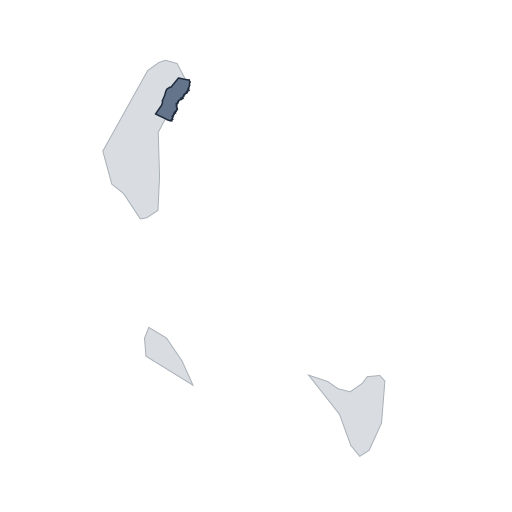 Hamahamet-Mboinkou, Andjazîdja, Comoros shown in context, rotated 24°
{"feature_id": "10938185B70444296254874", "entity_name": "Hamahamet-Mboinkou", "entity_type": "district", "adm_level": 2, "iso_a3": "COM", "parent_name": "Comoros", "parent_adm1": "Andjazîdja", "projection": "orthographic", "projection_center": [43.406, -11.482], "detail": "fine", "context": "in_parent", "style": "filled", "palette": "slate", "viewbox_px": 512, "rotation_deg": 24, "n_neighbors": 0, "source": "geoboundaries", "source_scale": "gbopen_adm2", "svg_char_len": 4237}
<svg xmlns="http://www.w3.org/2000/svg" viewBox="0 0 512 512"><g transform="rotate(24 256 256)"><path d="M140.7,265.4L135.3,269.2L109.6,252.8L95.0,249.0L73.4,222.5L81.6,130.6L88.5,118.8L93.7,114.0L105.7,112.3L120.2,123.8L116.4,182.9L135.6,222.7L147.9,254.2L140.7,265.4ZM424.6,317.8L438.6,357.5L438.4,387.4L432.3,396.8L419.8,390.6L396.7,366.7L352.5,343.4L372.8,341.5L384.7,343.9L397.2,341.8L405.1,328.8L406.7,321.0L417.7,314.8L424.6,317.8ZM231.3,382.1L251.0,399.7L196.2,392.3L187.6,376.5L187.1,364.8L207.6,367.4L231.3,382.1Z" fill="#d9dde1" stroke="#a8b0b8" stroke-width="1"/><path d="M123.5,167.3L123.4,167.3L123.4,167.1L123.6,167.0L123.5,166.9L123.4,166.6L123.5,166.6L123.4,166.5L123.4,166.4L123.5,166.4L123.8,166.1L123.6,166.0L123.6,165.9L123.8,165.8L123.7,165.7L123.9,165.5L123.7,165.5L123.7,165.4L123.9,165.3L123.9,164.9L123.6,164.8L123.7,164.6L123.6,164.3L123.5,164.2L123.6,163.9L123.6,163.7L123.6,163.4L123.5,163.2L123.4,163.1L123.5,162.9L123.6,162.7L123.4,162.6L123.2,162.5L123.2,162.4L122.8,162.3L122.9,162.1L123.1,162.0L123.1,161.9L123.0,161.7L123.1,161.4L123.2,161.2L123.3,161.2L123.2,161.0L123.3,160.8L123.2,160.8L123.2,160.7L123.3,160.6L123.2,160.4L123.3,160.3L123.5,160.3L123.5,160.2L123.3,160.3L123.3,160.2L123.5,160.1L123.5,159.8L123.4,159.7L123.5,159.2L123.4,159.1L123.5,159.0L123.5,158.9L123.2,158.7L123.1,158.8L123.1,158.6L123.1,158.4L123.3,158.5L123.4,158.4L123.5,158.2L123.8,158.2L123.7,157.9L123.8,157.9L123.7,157.8L123.7,157.7L123.5,157.3L123.5,157.1L124.0,157.0L124.1,156.8L124.0,156.7L123.9,156.6L123.7,156.5L123.8,156.3L124.0,156.2L123.9,156.1L124.0,156.0L123.9,155.8L123.9,155.7L124.0,155.3L124.3,155.2L124.4,154.9L124.4,154.6L124.4,154.4L124.3,154.2L124.2,154.1L124.4,154.0L124.3,153.9L124.2,153.8L124.1,153.4L123.9,153.1L123.7,153.1L123.7,152.9L123.5,152.6L123.3,152.3L123.2,152.3L123.1,152.1L122.9,151.9L122.4,151.9L122.2,151.7L122.2,151.3L122.3,151.2L122.5,151.1L122.5,150.9L122.4,150.7L122.1,150.6L122.2,150.2L122.1,149.9L121.9,149.8L121.9,149.6L122.0,149.6L122.0,149.4L121.9,149.4L122.0,149.3L122.0,149.2L121.9,148.9L122.0,148.8L122.0,148.7L121.9,148.7L122.2,148.4L122.1,148.2L122.4,148.1L122.4,147.9L122.4,147.7L122.5,147.4L122.4,147.2L122.2,147.0L122.2,146.9L122.1,147.0L121.9,146.9L122.0,146.5L121.9,146.4L122.0,146.2L122.1,145.8L122.1,145.6L122.3,145.6L122.5,145.5L122.6,145.4L122.5,144.8L122.7,144.5L122.8,144.3L123.1,144.0L123.1,143.8L123.4,143.8L123.4,143.7L123.5,143.7L123.9,143.5L123.8,143.4L124.0,143.3L123.9,143.3L123.8,143.2L124.1,143.1L124.0,142.9L124.3,142.9L124.3,142.7L124.2,142.8L124.2,142.7L124.3,142.6L124.2,142.6L124.1,142.4L123.9,142.3L124.1,142.2L124.3,141.9L124.5,141.6L124.4,141.6L124.7,141.4L124.6,141.2L124.8,141.2L124.7,141.1L124.4,141.0L124.4,140.9L124.6,140.9L124.6,140.7L124.5,140.4L124.6,140.1L124.6,139.8L124.6,139.7L124.8,139.6L124.7,139.5L124.7,139.4L124.8,139.3L124.8,139.2L124.6,139.1L124.8,139.1L124.7,138.9L124.9,138.8L124.8,138.6L124.8,138.3L124.8,138.2L125.0,138.0L125.0,137.8L125.1,137.6L125.3,137.5L125.3,137.4L125.2,137.4L125.3,137.3L125.3,137.2L125.2,137.2L125.3,137.1L125.1,136.8L125.1,136.4L125.3,136.0L125.4,135.9L125.6,135.8L125.8,135.9L126.0,135.8L126.0,135.6L126.3,135.5L126.3,135.4L126.2,135.2L126.1,134.9L126.0,134.7L126.4,134.7L126.6,134.6L126.4,134.4L126.3,134.2L126.2,134.3L126.2,134.2L126.3,134.0L126.5,133.8L126.4,133.6L126.5,133.4L126.4,133.4L126.3,133.2L126.5,133.1L126.5,132.8L126.6,132.7L126.8,132.4L126.7,132.3L126.8,132.2L126.7,132.2L126.8,132.1L126.8,131.9L126.9,131.7L127.0,131.7L126.9,131.6L126.7,131.5L126.7,131.4L126.6,131.5L126.3,131.6L126.0,131.3L125.9,131.1L125.9,130.8L126.0,130.7L125.8,130.4L125.9,130.1L126.0,129.8L126.1,129.0L126.1,128.9L126.2,128.7L126.0,128.2L126.0,127.7L125.8,127.3L125.8,127.1L125.6,126.8L125.8,126.7L125.7,126.6L125.6,126.4L125.4,126.3L125.3,126.0L125.1,125.4L124.9,124.8L124.9,124.6L125.0,124.4L125.1,124.1L125.1,123.9L124.9,123.7L124.7,123.6L124.4,123.6L124.5,123.6L124.4,123.5L124.3,123.4L124.2,123.4L123.9,122.9L123.5,122.5L123.4,122.5L123.3,122.3L122.2,122.8L117.7,123.9L112.8,124.9L109.6,136.6L108.6,136.9L106.7,139.8L106.6,142.3L107.3,146.8L107.3,152.6L108.2,153.7L108.4,156.8L106.5,167.1L111.7,167.3L117.8,167.4L119.0,167.7L123.5,167.3Z" fill="#64748b" stroke="#1e293b" stroke-width="1.5"/></g></svg>